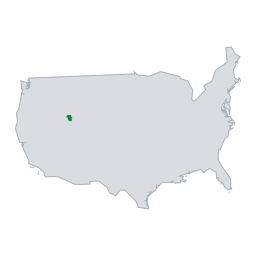 Bannock, Idaho, United States of America (highlighted)
{"feature_id": "52423323B14195379184896", "entity_name": "Bannock", "entity_type": "district", "adm_level": 2, "iso_a3": "USA", "parent_name": "United States of America", "parent_adm1": "Idaho", "projection": "orthographic", "projection_center": [-112.285, 42.639], "detail": "fine", "context": "in_parent", "style": "filled", "palette": "green", "viewbox_px": 256, "rotation_deg": 0, "n_neighbors": 0, "source": "geoboundaries", "source_scale": "gbopen_adm2", "svg_char_len": 4345}
<svg xmlns="http://www.w3.org/2000/svg" viewBox="0 0 256 256"><path d="M215.5,70.4L227.2,62.1L225.8,47.8L231.1,47.0L235.2,53.9L240.2,56.9L236.8,61.4L237.2,62.9L235.6,61.7L236.0,65.2L233.5,69.3L234.5,77.8L238.1,79.6L239.3,78.4L238.3,77.3L239.0,77.6L239.9,79.1L236.3,82.5L234.8,81.3L235.4,83.8L230.9,87.0L228.5,91.8L228.2,90.0L227.4,89.1L228.0,93.6L229.4,93.7L230.4,97.2L229.7,102.8L225.9,101.5L226.4,98.0L225.3,100.8L227.3,103.4L229.1,104.5L230.1,106.3L229.5,114.9L228.8,110.1L224.6,107.2L224.6,102.0L222.5,104.6L226.0,110.6L222.7,109.9L221.9,110.5L221.9,108.1L221.6,107.5L221.4,109.5L221.9,110.9L226.7,111.5L226.2,113.1L223.7,111.7L222.9,111.6L226.1,113.3L227.2,113.3L227.3,115.2L225.6,114.5L228.4,116.1L228.0,116.7L226.7,115.8L224.1,116.4L227.9,117.3L229.7,116.3L233.8,121.4L230.5,117.6L232.1,120.3L228.3,121.4L232.0,123.1L232.9,121.7L232.3,125.1L228.5,125.8L231.1,126.2L229.8,128.4L232.3,128.4L228.6,130.9L228.1,136.2L224.7,139.0L220.0,150.1L218.7,149.6L218.0,158.0L218.3,159.9L221.0,165.0L230.7,179.0L230.9,188.4L228.2,190.0L224.3,186.6L222.9,183.0L217.7,180.1L218.6,177.6L216.7,178.5L216.1,172.4L209.9,168.5L202.9,172.4L200.8,169.5L193.4,171.6L194.0,170.1L193.0,171.8L189.8,173.4L189.2,170.8L189.0,172.8L178.8,176.3L183.4,176.4L182.4,179.2L186.2,180.6L184.8,182.3L180.4,180.3L180.6,182.7L175.3,183.1L171.8,180.8L170.3,182.8L162.2,182.2L158.3,186.6L159.3,185.4L156.7,185.0L156.1,189.5L151.7,193.1L152.7,192.1L149.5,192.3L150.8,193.5L147.3,195.9L146.5,200.8L144.7,200.4L146.3,201.4L147.1,205.6L148.9,207.9L147.9,209.0L138.5,207.2L135.8,201.3L125.0,190.2L120.1,190.1L115.9,195.6L109.8,192.9L106.8,187.3L98.7,181.0L89.8,181.5L89.9,184.1L75.6,184.6L57.2,176.4L45.2,176.9L43.7,172.4L38.9,167.8L28.7,163.6L28.9,160.5L21.7,145.3L22.1,143.9L23.6,146.0L22.8,142.7L26.5,142.9L19.7,142.4L15.4,128.4L17.4,121.5L16.5,113.2L18.9,108.3L21.7,93.6L24.8,94.4L21.5,93.2L23.0,89.4L21.8,89.3L20.9,80.6L28.1,83.1L26.1,87.3L28.9,84.5L28.2,88.1L26.3,88.8L27.6,89.1L29.2,87.7L30.1,84.1L28.8,78.1L134.8,73.9L134.3,71.7L137.2,74.9L149.7,76.1L160.7,71.6L179.3,76.4L180.8,78.7L187.5,80.8L192.7,90.1L191.7,99.5L194.4,101.4L205.7,89.6L203.7,86.2L204.7,85.0L211.7,81.4L215.5,70.4ZM233.1,87.8L234.9,86.2L228.6,92.5L233.4,86.4L233.1,87.8ZM28.9,81.7L29.6,84.2L29.5,84.5L28.3,82.6L28.9,81.7ZM148.7,207.2L147.0,203.7L146.9,201.5L147.3,203.7L148.7,207.2ZM237.4,61.4L237.9,62.5L237.5,62.4L237.4,61.4ZM172.1,181.8L172.5,182.7L171.5,182.2L172.1,181.8ZM32.5,167.6L33.7,167.2L33.8,167.3L32.5,167.6ZM31.3,167.1L30.7,167.7L30.4,167.1L31.3,167.1ZM238.2,81.6L238.0,82.6L237.8,82.5L238.2,81.6ZM147.3,199.4L146.8,201.3L148.1,197.7L147.3,199.4ZM227.8,174.3L229.6,177.1L227.5,174.1L227.8,174.3ZM38.4,170.9L38.9,171.9L38.4,171.0L38.4,170.9ZM231.5,188.6L230.9,190.0L231.8,187.3L231.5,188.6ZM234.8,123.2L234.4,124.9L234.0,121.6L234.8,123.2ZM28.1,79.7L28.1,80.3L27.7,80.0L28.1,79.7ZM150.9,194.2L149.3,195.2L150.9,193.9L150.9,194.2ZM240.3,80.7L240.6,81.5L240.0,81.7L240.3,80.7ZM38.3,173.5L38.6,174.7L38.1,173.6L38.3,173.5ZM149.0,196.0L148.3,196.5L148.9,195.7L149.0,196.0ZM230.3,107.8L230.0,110.0L230.1,107.1L230.3,107.8ZM157.9,187.4L156.9,188.3L158.3,186.8L157.9,187.4ZM218.5,158.8L218.6,160.2L218.3,159.3L218.5,158.8ZM232.7,128.5L232.4,128.9L233.0,127.4L232.7,128.5ZM205.5,171.2L204.4,172.4L203.9,172.4L205.5,171.2ZM189.2,173.3L189.1,173.6L188.3,173.8L189.2,173.3ZM221.6,183.6L222.0,184.5L221.3,183.5L221.6,183.6ZM186.3,176.2L186.3,177.2L185.9,175.6L186.3,176.2ZM229.3,192.0L228.6,192.4L229.5,191.7L229.3,192.0ZM230.5,97.9L230.4,98.9L230.4,97.5L230.5,97.9ZM233.9,125.5L233.6,126.0L233.9,125.5Z" fill="#d9dde1" stroke="#a8b0b8" stroke-width="1"/><path d="M67.3,116.3L67.3,116.5L67.5,116.4L67.8,116.3L67.9,116.2L68.0,116.2L68.3,116.5L68.3,117.2L68.4,117.6L68.6,117.6L68.6,117.8L68.7,118.1L68.9,118.1L68.9,118.5L68.7,118.9L68.9,118.9L68.9,119.0L69.0,119.1L69.3,119.2L69.3,119.4L69.3,119.6L69.2,119.6L69.1,119.8L69.1,120.0L69.3,120.0L69.4,119.8L69.7,119.8L69.8,119.9L69.9,120.1L70.0,120.1L70.6,120.2L70.6,120.4L71.0,120.4L71.0,119.4L71.1,119.0L71.0,118.8L70.9,118.8L70.9,118.2L70.8,117.9L70.7,117.9L70.8,117.8L70.7,117.8L70.7,117.6L70.3,117.6L70.2,117.8L70.1,117.6L70.0,117.4L69.9,117.2L70.0,117.1L70.0,116.9L70.0,116.7L69.9,116.6L70.0,116.5L69.9,116.5L70.0,116.3L70.2,116.1L70.3,116.1L70.3,115.8L67.7,115.8L67.5,116.0L67.4,116.0L67.3,116.3Z" fill="#22c55e" stroke="#15803d" stroke-width="1.5"/></svg>